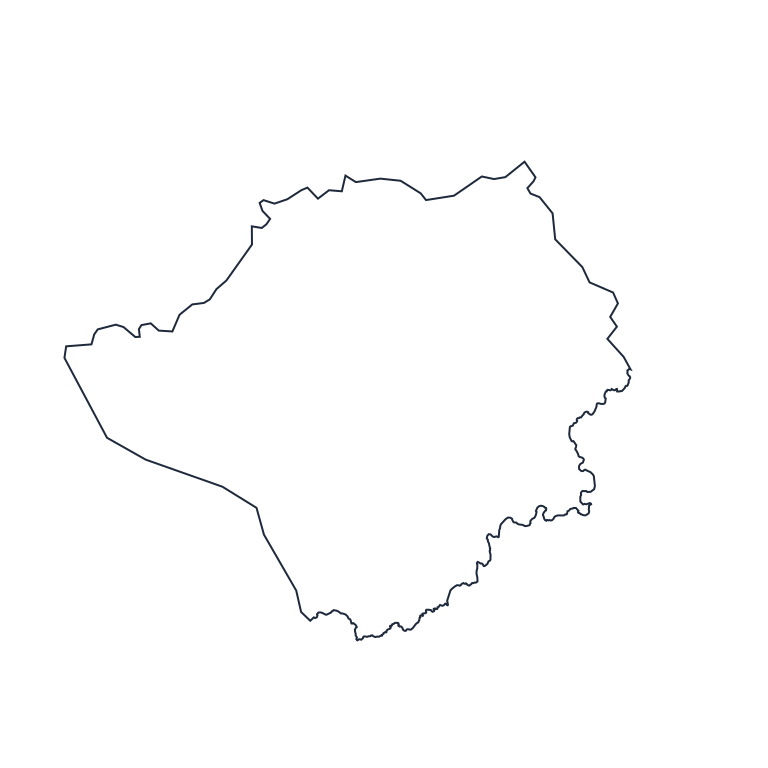 Porvenir, Paysandú, Uruguay (Natural Earth projection), rotated 321°
{"feature_id": "84410073B33376625249315", "entity_name": "Porvenir", "entity_type": "district", "adm_level": 2, "iso_a3": "URY", "parent_name": "Uruguay", "parent_adm1": "Paysandú", "projection": "natural_earth1", "projection_center": [-57.84, -32.438], "detail": "fine", "context": "isolated", "style": "outline", "palette": "slate", "viewbox_px": 768, "rotation_deg": 321, "n_neighbors": 0, "source": "geoboundaries", "source_scale": "gbopen_adm2", "svg_char_len": 6166}
<svg xmlns="http://www.w3.org/2000/svg" viewBox="0 0 768 768"><g transform="rotate(321 384 384)"><path d="M510.4,222.1L489.2,209.4L485.2,197.8L472.5,207.7L463.2,198.8L449.3,198.4L448.1,183.2L441.9,181.4L425.2,179.6L412.4,174.9L406.1,165.3L401.3,165.0L398.5,173.1L399.4,184.0L393.0,185.9L387.2,185.8L380.5,178.3L369.2,192.5L326.6,204.4L313.5,204.8L301.9,208.6L295.1,207.7L285.1,201.5L268.7,201.5L252.6,210.0L242.6,200.8L240.9,190.1L232.6,185.6L228.1,187.1L223.9,193.6L220.3,191.0L217.4,175.8L212.9,169.1L195.9,161.4L190.0,163.1L181.6,169.1L160.7,154.7L152.1,162.6L134.9,251.5L151.2,292.8L193.8,362.2L207.0,400.0L195.9,425.5L185.8,489.3L176.1,509.0L177.7,521.6L182.6,521.2L183.2,522.6L185.0,523.0L186.6,522.0L186.7,521.3L187.1,520.7L187.6,520.8L188.8,520.3L189.4,520.5L190.6,521.2L192.0,523.0L192.6,524.6L193.7,526.8L194.1,527.1L199.0,528.3L200.1,527.8L201.1,528.2L202.5,528.0L204.4,530.2L205.4,532.1L206.2,535.3L206.9,535.7L208.2,537.4L209.2,539.3L209.4,541.8L208.8,543.9L209.5,545.1L209.5,546.3L208.0,549.6L208.5,550.2L209.6,550.4L210.3,553.3L209.9,555.7L209.0,555.7L206.9,556.5L205.8,558.0L204.8,560.3L203.7,561.6L203.5,563.9L202.0,564.8L201.8,565.9L202.1,566.6L203.6,566.5L204.6,567.2L205.4,568.4L207.6,568.3L208.5,567.6L209.7,567.6L212.0,570.0L213.0,570.2L214.9,571.5L215.6,571.3L216.8,572.0L216.8,573.0L217.9,575.1L220.0,576.2L221.0,577.2L223.1,577.6L223.7,577.9L223.9,578.3L224.2,578.2L224.5,577.6L226.2,577.9L227.0,577.3L228.8,577.6L229.2,578.3L229.9,578.3L230.5,577.5L232.0,577.1L235.1,578.0L235.8,577.6L236.0,577.1L235.9,576.5L236.2,576.0L236.6,575.9L237.4,576.7L238.3,576.6L238.6,576.1L239.3,575.9L240.4,576.5L242.2,576.5L244.5,578.4L244.6,579.1L244.2,579.3L244.0,580.4L243.4,580.4L243.0,580.9L243.5,582.4L244.4,582.8L244.8,583.6L244.8,585.2L244.3,586.4L244.2,587.6L244.8,588.9L245.5,589.5L247.1,589.1L248.1,589.5L250.2,591.8L252.7,591.8L257.7,590.6L259.8,590.5L260.6,590.9L261.8,590.1L262.6,589.9L264.5,588.1L265.4,588.2L265.8,587.2L266.3,586.9L267.1,587.0L267.7,587.6L268.0,588.5L268.3,588.6L268.7,588.3L268.7,587.3L269.0,586.8L269.4,586.7L272.2,588.3L273.2,588.0L273.7,586.7L274.4,586.2L275.0,586.2L276.3,587.2L278.1,589.1L278.1,590.8L278.4,591.6L280.0,592.0L280.8,591.3L280.7,590.5L281.2,590.0L282.4,590.5L282.4,591.4L283.7,592.3L284.6,591.9L285.0,591.2L286.3,591.6L288.5,591.0L289.7,593.0L290.5,593.4L291.7,593.6L293.2,593.2L293.6,593.4L293.9,593.8L293.9,595.6L294.2,596.0L294.7,595.9L296.8,592.1L305.8,586.2L308.4,585.9L311.5,585.9L314.1,586.3L315.6,587.7L316.0,588.5L317.5,588.6L318.6,588.2L320.4,588.7L320.5,589.2L321.3,590.4L322.2,590.5L322.5,591.3L322.4,592.3L322.7,593.4L323.4,594.3L324.0,594.5L324.7,594.2L325.6,594.5L327.3,594.1L328.2,595.0L329.2,595.2L330.4,596.2L332.4,596.3L334.7,593.2L336.6,589.5L338.8,587.1L340.2,586.2L341.2,585.1L342.8,583.2L343.3,581.8L344.0,581.4L345.0,581.3L346.1,584.3L347.0,584.9L347.3,586.3L346.9,588.1L347.1,588.5L348.2,588.9L351.1,588.9L353.6,587.6L355.3,587.9L356.3,587.4L359.6,583.4L360.2,581.7L361.0,580.3L361.7,580.2L362.5,578.7L363.1,578.6L364.0,576.2L365.2,574.1L365.8,571.5L366.7,570.4L366.7,568.6L368.8,567.0L370.8,566.6L371.7,567.4L372.2,568.2L372.4,570.5L372.9,571.8L374.0,572.6L375.4,573.1L376.1,574.1L376.3,574.9L377.0,575.0L381.8,569.9L383.4,569.2L384.5,567.9L385.7,567.1L386.7,566.6L393.1,565.6L396.0,565.7L397.8,567.1L398.2,567.8L398.7,569.3L398.3,570.0L397.8,572.0L397.8,573.2L399.7,575.1L399.7,576.5L400.4,577.9L403.3,581.0L403.8,582.7L404.9,583.8L407.5,585.0L408.3,585.3L409.6,584.5L410.4,584.3L411.1,583.0L411.8,582.5L414.1,582.1L416.8,582.6L419.2,581.6L422.1,579.4L422.1,578.3L425.4,576.6L427.7,576.6L429.4,577.4L430.5,578.7L431.3,580.5L431.3,581.7L431.9,582.3L431.8,582.8L430.4,584.2L429.6,583.9L428.0,584.3L426.1,585.0L424.9,586.0L424.7,587.4L424.2,588.3L423.6,590.0L423.5,591.0L424.0,592.3L424.5,592.1L425.1,592.2L425.9,593.5L426.9,593.8L427.8,595.1L428.8,595.6L431.0,595.4L433.0,594.5L435.3,595.0L436.9,595.9L440.5,598.9L441.5,599.5L442.9,599.4L443.5,600.1L444.5,600.1L446.5,598.4L448.1,598.8L450.2,598.4L452.5,599.6L453.2,599.5L454.5,600.7L455.1,601.0L455.3,604.9L454.2,605.5L454.0,606.2L454.1,606.7L454.7,607.1L454.9,608.9L455.3,609.2L455.9,610.7L457.2,612.3L458.2,613.0L461.4,613.3L462.2,613.0L463.4,612.0L464.3,610.2L466.0,608.6L466.2,607.9L467.6,607.5L469.3,607.8L469.5,607.3L469.1,606.1L465.6,604.8L464.9,604.2L464.5,603.4L462.9,602.9L462.6,598.9L465.8,595.0L467.3,594.4L468.0,593.1L468.8,592.4L470.6,592.0L471.2,592.2L472.3,593.4L473.8,594.4L473.9,595.4L474.3,596.1L476.7,597.8L481.1,598.0L483.7,596.0L489.1,587.6L489.4,585.9L489.0,582.4L487.4,579.4L486.8,577.8L486.5,577.2L485.8,576.9L484.1,577.0L483.1,576.4L482.5,575.5L482.1,572.9L483.6,570.9L484.2,570.4L486.3,569.7L489.1,570.2L491.7,568.6L492.0,567.6L491.7,566.0L490.1,563.7L489.8,562.8L490.9,560.1L491.6,556.4L491.5,555.6L491.8,554.8L493.8,553.7L495.0,552.4L495.0,551.1L495.3,548.2L495.1,547.4L494.5,547.3L493.9,546.5L494.7,542.5L496.4,539.5L501.4,534.4L502.5,534.3L504.4,535.2L506.9,534.0L508.7,534.9L509.8,534.8L510.9,534.3L511.1,533.3L511.8,532.6L512.7,532.4L514.2,533.2L514.8,533.0L516.2,534.0L518.6,533.3L519.8,533.3L521.6,532.4L522.6,532.5L523.7,532.8L524.5,533.5L524.9,534.3L524.4,534.9L524.6,536.0L525.2,537.9L526.2,538.6L527.5,538.6L530.3,537.8L534.6,535.5L536.9,533.4L537.8,533.4L539.3,534.7L539.7,535.5L540.5,536.4L542.2,537.7L543.3,537.9L544.4,537.4L547.2,534.8L546.9,533.9L547.2,533.0L548.0,531.7L549.1,530.8L551.7,529.4L552.5,529.9L553.3,529.3L554.1,529.2L556.0,531.4L556.9,531.6L557.8,531.2L558.5,533.1L559.1,533.9L559.7,534.2L561.3,534.1L561.9,534.4L561.0,536.0L560.6,536.2L560.5,536.6L562.5,538.1L563.2,538.2L563.9,538.9L564.8,539.2L568.6,538.6L570.2,537.8L571.0,537.8L571.5,538.4L572.3,538.4L575.2,536.8L576.2,535.3L578.9,534.4L579.6,533.6L579.8,532.5L579.4,531.5L579.9,528.7L581.1,527.6L581.3,527.0L581.9,526.6L582.8,526.8L583.8,526.6L584.4,527.0L584.8,527.7L587.3,513.8L586.0,489.5L601.1,486.0L602.0,474.2L616.5,468.6L619.6,457.1L607.7,434.4L611.7,418.0L608.1,379.3L622.4,357.5L622.5,336.7L617.7,328.2L618.7,322.0L627.7,320.6L631.8,318.7L633.1,299.7L608.5,299.6L598.5,294.0L590.6,284.3L556.9,281.7L532.4,267.5L532.5,258.9L524.8,236.5L510.4,222.1Z" fill="none" stroke="#1e293b" stroke-width="2"/></g></svg>